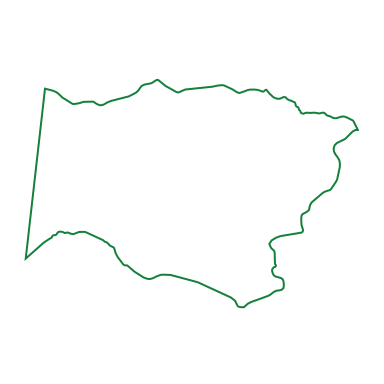 an SVG outline of Wadi Fira, rotated 6°
{"feature_id": "TCD-1473", "entity_name": "Wadi Fira", "entity_type": "Prefecture", "adm_level": 1, "iso_a3": "TCD", "parent_name": "Chad", "parent_adm1": "", "projection": "orthographic", "projection_center": [21.824, 14.959], "detail": "fine", "context": "isolated", "style": "outline", "palette": "green", "viewbox_px": 384, "rotation_deg": 6, "n_neighbors": 0, "source": "natural_earth", "source_scale": "10m", "svg_char_len": 3701}
<svg xmlns="http://www.w3.org/2000/svg" viewBox="0 0 384 384"><g transform="rotate(6 192 192)"><path d="M350.4,113.0L347.9,113.3L345.3,115.2L338.8,123.2L330.9,128.2L329.0,130.6L328.3,133.8L329.0,136.9L330.7,139.6L332.9,141.9L335.1,144.9L336.1,148.1L336.4,151.7L335.1,163.9L334.4,166.2L329.9,174.7L329.1,175.6L325.7,177.0L323.3,178.3L321.4,180.0L312.3,189.6L311.1,191.8L310.5,194.4L310.5,196.4L309.9,198.1L307.9,200.0L304.2,202.5L303.4,204.2L303.4,206.9L304.2,212.6L304.8,214.5L306.3,217.8L306.5,218.8L306.0,220.2L305.0,221.0L284.6,226.6L280.3,228.7L276.2,231.9L274.3,235.6L276.6,239.5L279.7,241.8L280.5,243.3L282.0,254.6L282.3,255.2L282.8,255.7L283.2,256.4L283.1,257.1L282.6,257.7L281.2,258.3L280.8,258.8L279.9,260.5L279.8,261.4L280.1,262.6L281.0,264.9L282.2,266.4L283.9,267.3L289.7,268.3L291.5,269.5L292.4,271.5L293.1,274.9L293.0,278.0L291.5,279.8L289.1,280.7L286.4,281.3L284.1,282.6L280.3,286.2L278.3,287.5L262.2,295.3L259.2,297.3L256.8,299.8L255.8,301.1L255.7,301.1L253.0,301.4L251.4,301.4L250.0,301.1L248.9,300.0L246.4,296.0L246.0,295.5L241.6,292.8L207.0,281.1L179.8,276.8L178.4,276.8L172.3,277.2L169.4,277.7L164.7,280.1L163.9,280.8L162.1,281.8L161.1,282.3L159.1,282.9L158.0,283.1L156.1,282.9L152.6,282.0L142.7,277.0L135.5,271.9L135.1,271.9L134.4,271.8L133.2,272.0L132.3,271.8L131.7,271.5L131.2,271.2L125.2,264.8L122.8,261.4L120.6,256.4L120.4,256.0L120.1,255.6L119.7,255.3L116.8,254.2L115.9,253.8L115.1,253.1L113.6,251.7L113.2,251.4L112.6,251.1L110.4,250.5L109.9,250.2L109.1,249.5L108.6,249.2L90.7,243.1L90.0,243.0L89.0,242.9L84.4,243.5L83.9,243.6L83.4,243.8L78.7,246.2L78.1,246.3L77.5,246.3L76.2,246.2L72.6,245.3L72.1,245.3L71.6,245.5L70.7,245.9L70.2,246.1L69.7,246.1L69.2,246.0L68.8,245.7L68.2,245.5L67.0,245.2L66.4,245.2L64.5,245.3L63.8,245.5L63.1,245.9L62.4,246.9L61.7,248.2L61.4,248.6L60.9,249.0L58.4,249.7L58.0,250.0L57.6,250.7L57.1,252.2L55.5,253.2L49.8,257.9L33.6,275.6L35.0,104.6L43.1,105.8L46.4,106.8L48.4,107.9L53.4,111.7L63.0,116.4L64.4,116.9L65.1,116.9L65.7,116.8L70.6,115.5L74.6,113.7L83.8,112.5L84.6,112.6L85.2,112.8L86.1,113.4L87.9,114.3L90.2,115.1L91.4,115.3L92.3,115.3L94.3,114.6L95.3,114.1L98.1,112.0L101.7,110.0L119.2,103.5L125.6,99.3L127.1,97.8L128.3,96.2L130.1,92.8L130.4,92.4L131.2,91.6L132.0,91.0L133.8,90.0L139.7,88.3L141.5,87.2L143.9,85.1L145.4,84.2L145.9,84.1L146.5,84.1L147.4,84.6L154.6,89.3L165.8,94.1L166.9,94.4L167.7,94.4L168.4,94.3L174.3,90.9L175.4,90.6L201.1,85.2L206.4,83.5L210.1,82.7L211.1,82.6L212.7,82.7L213.2,82.8L221.5,85.7L226.1,88.0L227.9,88.5L228.7,88.5L229.3,88.4L233.9,86.3L236.3,85.0L239.0,84.1L243.3,83.6L246.5,83.6L249.1,84.1L251.7,84.8L252.3,84.7L252.8,84.5L254.0,83.2L254.7,82.7L255.1,82.6L255.3,82.6L255.5,82.8L258.3,85.6L262.4,88.8L263.3,89.3L264.6,89.8L265.4,90.0L267.0,90.3L267.9,90.3L268.7,90.2L269.2,90.1L270.8,89.5L271.2,89.2L272.3,88.5L273.1,88.0L273.8,88.0L274.6,88.0L275.2,88.1L275.7,88.4L276.4,89.2L276.8,89.5L277.3,89.8L279.5,90.6L280.8,90.8L284.7,92.1L285.2,92.5L285.5,93.3L286.1,94.9L286.4,95.4L286.7,95.8L287.1,96.1L287.5,96.3L288.3,96.5L288.7,96.7L289.1,97.1L289.3,97.6L289.7,98.6L289.9,99.1L290.3,99.4L290.8,99.7L291.2,100.0L291.4,100.5L291.6,101.0L291.8,101.5L292.2,101.9L292.9,102.2L293.9,102.5L294.6,102.5L295.1,102.3L296.5,101.5L297.0,101.4L298.2,101.1L301.3,101.0L304.8,100.4L307.0,100.3L309.9,100.6L310.7,100.5L312.6,99.8L313.9,99.4L314.8,99.4L315.4,99.6L315.9,99.9L317.9,101.5L318.4,101.7L319.0,101.9L321.5,102.3L322.1,102.5L322.7,102.8L323.4,103.1L324.8,103.6L325.7,103.7L326.5,103.7L327.7,103.5L329.8,102.7L331.8,101.8L332.6,101.5L333.9,101.2L334.9,101.1L335.7,101.1L338.0,101.6L344.1,103.9L344.6,104.2L345.0,104.5L345.3,104.9L350.3,112.7L350.4,113.0L350.4,113.0Z" fill="none" stroke="#15803d" stroke-width="2"/></g></svg>